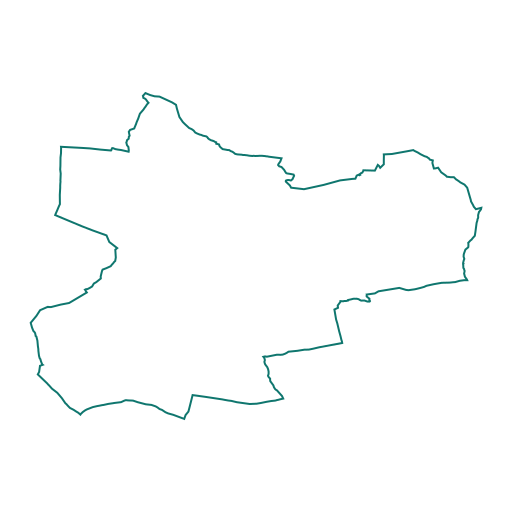 "Evje og Hornnes" nor, Aust-Agder, Norway
{"feature_id": "86288312B17252919876128", "entity_name": "\"Evje og Hornnes\" nor", "entity_type": "district", "adm_level": 2, "iso_a3": "NOR", "parent_name": "Norway", "parent_adm1": "Aust-Agder", "projection": "robinson", "projection_center": [7.751, 58.587], "detail": "fine", "context": "isolated", "style": "outline", "palette": "teal", "viewbox_px": 512, "rotation_deg": 0, "n_neighbors": 0, "source": "geoboundaries", "source_scale": "gbopen_adm2", "svg_char_len": 5992}
<svg xmlns="http://www.w3.org/2000/svg" viewBox="0 0 512 512"><path d="M378.5,291.3L399.3,287.9L406.0,289.9L408.5,290.2L414.7,289.3L416.1,289.0L420.9,287.8L424.1,286.9L426.0,286.0L426.9,285.7L433.7,284.2L439.4,283.2L440.1,283.1L441.8,282.8L449.8,282.6L453.5,282.2L455.1,282.1L459.7,280.8L464.1,280.2L467.2,280.2L466.9,279.5L464.9,276.7L464.4,274.6L464.1,273.7L464.6,271.1L464.6,270.8L464.2,269.8L464.1,269.0L463.5,268.2L463.3,267.3L463.3,265.9L463.1,264.2L463.4,263.8L463.1,263.6L463.1,263.0L463.7,260.5L464.3,258.9L463.6,256.7L463.7,254.7L464.0,253.5L465.4,249.6L468.2,247.3L468.4,246.2L468.4,243.7L468.2,242.9L470.5,240.4L471.4,239.8L472.8,238.0L474.8,235.8L475.4,232.0L476.6,222.9L476.9,221.9L477.3,220.7L477.5,219.2L478.0,218.2L478.2,217.3L478.1,215.5L478.2,214.8L479.0,211.9L479.8,211.0L481.0,209.3L481.3,207.8L475.9,209.2L474.5,207.5L474.0,207.0L473.5,206.1L473.3,205.5L471.0,201.4L470.8,200.1L470.4,198.7L470.0,197.4L467.2,187.7L464.5,184.6L460.2,182.3L459.4,181.6L457.1,180.0L456.2,179.5L453.9,177.2L450.7,177.2L446.8,176.7L446.5,176.3L445.7,175.5L441.2,172.3L438.1,167.7L435.4,168.4L433.9,168.5L432.5,163.4L432.4,162.8L432.8,160.4L429.8,159.6L428.9,158.3L427.8,157.7L426.8,156.9L424.5,156.2L420.5,154.2L417.8,152.5L414.3,150.8L413.3,150.1L406.9,151.3L391.9,154.0L383.8,154.4L383.9,155.4L383.8,160.2L383.8,164.3L380.2,167.8L379.0,165.9L377.8,164.9L374.9,170.6L363.4,170.3L363.3,170.8L362.4,172.5L361.4,173.1L361.1,173.1L360.1,173.9L359.6,174.2L360.1,174.9L359.7,175.1L359.4,174.8L359.2,175.0L359.0,174.8L358.8,174.7L358.5,174.9L358.0,175.0L356.7,175.6L355.4,178.7L352.4,178.9L340.1,180.4L323.7,184.9L304.0,189.2L291.1,187.7L289.9,185.5L289.2,184.8L286.0,181.8L285.8,181.5L285.9,180.6L287.2,180.1L288.9,180.0L290.9,180.5L292.5,179.2L293.3,177.4L294.1,175.8L293.6,174.6L290.7,174.0L286.9,173.4L286.1,173.0L285.4,172.0L284.1,169.8L281.5,167.0L279.2,166.3L278.1,165.0L278.3,164.4L278.7,163.7L280.3,161.5L281.5,158.3L268.8,156.7L267.6,156.4L266.1,156.3L265.2,156.1L261.9,155.8L259.5,155.8L258.2,155.9L255.3,156.0L253.3,155.8L252.4,156.0L249.2,155.7L247.1,155.3L245.2,155.1L244.8,155.0L243.0,155.0L241.7,154.7L237.4,154.4L235.2,153.9L233.4,152.4L232.1,151.6L230.9,151.2L229.2,150.1L227.4,150.0L226.0,149.7L222.6,149.1L221.5,148.1L220.4,147.2L219.4,145.8L219.1,144.5L217.6,144.0L216.3,143.8L216.2,142.3L215.4,142.2L215.1,141.9L214.3,141.4L213.3,140.9L212.9,140.9L212.1,140.5L211.3,140.4L209.1,139.2L207.9,138.2L207.8,137.8L207.0,136.9L206.3,136.4L203.0,135.7L201.2,134.9L199.8,134.6L196.9,133.4L195.2,132.5L193.6,130.5L191.6,129.1L189.1,128.0L187.3,126.3L186.2,125.3L184.9,124.1L182.8,122.0L179.4,117.0L176.9,108.6L176.0,104.8L171.9,102.3L159.5,96.6L154.6,96.3L150.3,95.1L145.4,93.1L144.3,94.4L143.8,94.9L142.9,95.9L143.2,96.7L143.3,97.8L144.9,98.6L145.8,99.3L147.6,101.8L148.5,102.8L147.0,104.4L145.5,106.7L144.7,107.7L143.5,109.5L139.9,113.7L138.2,118.6L136.6,122.3L136.0,124.2L135.6,125.0L135.4,125.6L134.7,127.2L134.3,128.3L134.2,128.5L130.1,129.9L128.8,131.8L129.4,134.8L129.6,135.7L128.8,136.9L128.8,137.5L128.7,138.7L127.0,140.2L126.7,141.7L126.3,142.5L127.0,145.2L128.4,147.0L128.8,150.5L128.6,151.7L121.0,150.0L118.0,149.6L115.3,149.1L112.9,148.1L112.2,148.1L111.4,149.7L111.3,150.2L111.0,150.5L100.5,149.6L89.8,148.4L81.7,147.9L61.0,146.8L61.1,147.8L61.0,153.2L60.5,157.5L60.4,166.0L60.2,169.5L60.7,173.6L60.4,180.7L60.5,181.6L60.3,183.7L60.2,185.7L60.2,187.8L59.8,194.9L59.9,204.2L59.1,205.8L57.3,210.1L55.5,214.2L55.2,215.1L82.0,226.3L92.6,230.4L106.5,235.4L109.3,242.0L117.2,248.1L115.3,249.7L115.8,257.5L115.2,261.0L114.2,261.9L113.0,263.5L112.0,264.5L110.7,266.2L106.3,268.2L102.6,269.6L102.0,271.0L100.7,276.4L100.8,278.5L96.2,282.2L93.9,283.5L93.4,284.3L92.1,286.5L89.8,287.9L87.4,289.1L86.2,289.1L85.0,289.7L85.4,290.2L85.8,291.1L86.8,292.5L71.8,301.4L69.1,303.0L60.7,304.6L50.9,307.1L49.8,307.0L49.2,307.1L48.5,306.9L48.0,307.1L47.6,306.9L40.1,310.2L36.4,315.9L30.7,322.8L32.0,327.5L33.4,331.0L34.4,332.0L35.1,333.1L35.6,335.4L35.6,335.9L36.4,336.6L37.4,340.7L37.9,346.2L38.3,348.9L38.4,351.0L39.0,355.8L39.7,358.3L40.4,359.2L40.9,361.1L41.9,363.7L42.3,364.5L42.7,364.8L40.0,365.8L39.1,372.0L37.8,374.4L47.3,383.5L48.2,384.6L48.8,385.1L52.0,388.7L57.3,392.8L61.9,398.2L65.4,403.3L66.4,404.1L67.6,405.5L69.9,407.9L73.6,409.8L76.3,411.6L78.2,412.7L80.4,414.6L81.0,413.7L81.7,413.1L82.7,412.1L85.2,410.3L86.9,409.4L92.8,407.1L97.1,406.1L99.4,405.7L102.2,405.1L103.3,405.0L108.3,403.9L113.1,403.2L114.1,403.0L120.7,402.2L121.2,402.1L124.4,400.6L125.7,400.2L126.4,400.2L128.0,400.4L133.0,400.6L136.3,401.7L137.4,402.1L145.8,404.3L151.4,404.9L155.7,406.4L157.4,407.4L158.5,408.2L159.5,409.0L162.0,409.9L165.4,412.2L168.1,413.4L173.2,414.8L184.2,418.9L185.6,415.0L188.4,411.6L189.4,407.8L192.6,395.1L205.0,396.8L222.3,399.4L224.8,399.9L228.2,400.5L231.4,400.9L236.8,402.2L249.7,404.0L256.7,403.7L260.8,403.0L266.6,401.8L271.3,401.0L274.3,400.7L275.7,400.5L276.8,400.1L278.8,399.7L279.3,399.5L283.2,398.6L282.0,396.0L276.9,390.3L275.8,389.7L275.0,388.9L273.9,387.1L273.4,385.4L270.3,381.2L270.1,379.7L270.1,378.6L268.7,377.1L268.0,375.8L268.6,373.9L268.6,371.6L268.1,369.2L267.3,367.2L265.2,364.4L264.6,362.8L264.4,361.8L264.8,360.5L264.8,359.7L264.3,358.0L263.4,356.8L265.0,356.4L266.9,356.7L276.0,354.9L277.0,354.7L280.7,354.8L282.7,354.6L284.9,353.8L286.5,353.0L288.5,351.7L297.5,350.8L304.3,349.7L308.8,349.6L313.2,348.7L319.1,347.3L342.2,343.0L341.9,341.3L341.4,339.9L340.5,336.1L339.2,331.4L337.3,323.4L336.1,319.5L334.4,309.5L338.0,307.8L337.7,305.5L340.3,302.0L340.4,301.1L343.2,301.3L344.1,301.0L346.1,301.0L348.1,300.5L348.1,300.0L350.9,299.4L353.2,298.8L354.5,298.7L356.1,298.8L356.4,298.7L358.0,299.0L359.2,299.5L359.8,300.0L360.4,300.2L361.1,300.6L364.4,300.5L367.2,301.5L367.9,301.6L368.6,301.5L369.0,301.6L369.4,301.6L369.8,301.4L370.0,301.1L369.9,300.8L369.5,300.3L369.3,299.8L369.5,298.9L369.4,298.7L366.7,296.5L366.6,296.3L366.6,295.6L366.8,295.1L366.8,294.9L367.0,294.7L366.9,294.5L374.9,293.4L378.5,291.3Z" fill="none" stroke="#0f766e" stroke-width="2"/></svg>